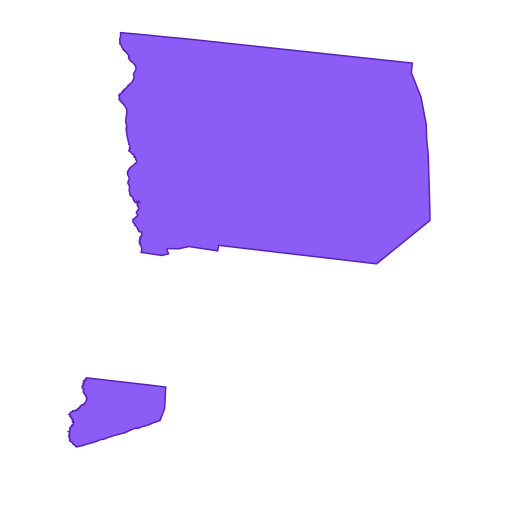 Palauli le Falefa, Palauli, Samoa (Robinson projection), rotated 96°
{"feature_id": "51752279B50623478209398", "entity_name": "Palauli le Falefa", "entity_type": "district", "adm_level": 2, "iso_a3": "WSM", "parent_name": "Samoa", "parent_adm1": "Palauli", "projection": "robinson", "projection_center": [-172.356, -13.707], "detail": "fine", "context": "isolated", "style": "filled", "palette": "violet", "viewbox_px": 512, "rotation_deg": 96, "n_neighbors": 0, "source": "geoboundaries", "source_scale": "gbopen_adm2", "svg_char_len": 6096}
<svg xmlns="http://www.w3.org/2000/svg" viewBox="0 0 512 512"><g transform="rotate(96 256 256)"><path d="M202.6,86.8L195.0,87.5L137.8,95.2L124.0,98.1L107.3,100.5L80.7,108.5L57.4,120.7L47.8,120.7L47.3,351.5L47.6,368.0L47.6,386.7L48.0,414.0L52.4,413.7L54.7,414.3L55.8,413.9L56.6,413.9L57.2,413.6L58.3,413.8L59.1,413.6L59.2,413.3L59.8,413.0L59.8,412.8L61.0,411.8L62.1,411.3L63.4,410.2L64.4,409.9L64.4,409.5L65.0,409.1L65.0,408.6L65.3,408.2L65.9,408.1L66.1,407.4L67.9,405.4L68.4,405.2L69.6,403.8L69.8,403.4L71.2,403.5L71.5,403.0L72.2,403.3L72.5,403.0L72.9,403.3L73.1,402.8L74.1,402.2L74.8,401.6L76.7,398.3L77.5,397.8L78.8,396.3L79.7,395.9L80.4,395.3L82.5,394.9L83.9,395.3L84.1,395.5L84.6,395.4L85.4,395.9L86.6,396.2L86.9,396.6L87.9,396.8L88.7,396.8L89.6,396.3L90.9,395.8L91.1,396.0L92.1,395.9L92.3,396.1L92.9,396.2L93.5,396.6L94.0,396.4L94.9,397.1L95.2,397.0L95.7,397.2L96.8,398.1L97.2,398.7L98.0,399.2L99.1,400.4L99.7,400.4L99.8,401.0L100.3,400.7L101.0,401.2L101.0,401.6L101.5,401.7L102.3,402.3L102.3,402.5L102.8,402.8L103.2,403.4L103.6,403.3L103.7,403.6L104.2,403.9L104.2,404.6L105.0,404.4L105.0,404.7L106.1,405.1L105.7,405.6L106.7,406.2L107.1,405.8L107.6,406.4L107.6,406.7L108.3,407.0L109.1,407.9L109.3,408.5L109.9,408.4L110.0,408.9L110.9,408.7L111.0,409.0L111.9,408.8L112.4,408.3L113.5,408.3L114.2,408.7L114.5,408.6L114.7,408.2L115.2,407.9L115.5,407.3L116.0,407.2L116.1,406.7L117.6,405.5L118.7,403.6L119.2,403.5L119.8,403.1L119.7,402.5L121.0,401.6L122.4,401.0L122.6,400.6L123.3,400.2L123.6,399.9L127.3,399.3L127.9,399.5L129.9,399.5L130.8,399.8L132.1,399.7L132.7,399.5L134.6,400.0L136.1,399.4L136.9,399.4L138.8,398.7L139.3,398.6L139.6,398.4L140.1,398.4L140.2,398.2L141.1,397.9L141.5,398.2L142.5,398.0L142.6,398.5L143.0,398.1L143.7,398.0L144.3,398.3L144.8,398.3L144.9,397.9L145.4,398.0L146.0,397.6L146.4,397.7L147.1,397.3L148.0,397.3L149.2,397.0L150.2,396.6L152.2,396.1L153.0,395.7L156.1,394.8L157.4,394.0L157.9,393.9L158.3,394.1L158.4,393.8L159.2,393.2L160.6,392.7L161.3,392.9L162.2,392.6L162.3,393.1L162.9,392.8L163.8,393.0L164.1,393.3L164.7,393.5L164.9,393.3L165.8,391.5L167.4,389.7L167.3,389.4L167.7,389.3L168.2,388.0L169.0,387.4L169.8,387.7L169.9,387.1L170.3,387.4L170.5,387.3L170.5,386.6L171.1,386.2L172.6,385.7L173.0,385.2L174.1,384.7L175.0,384.5L175.9,385.0L177.3,386.6L179.1,387.9L179.5,388.4L179.9,389.3L180.2,389.4L181.9,390.8L183.9,391.8L184.1,391.5L185.1,392.0L185.2,392.4L185.8,392.3L186.1,392.6L186.7,392.3L187.6,392.5L188.5,392.1L190.7,390.7L192.4,390.2L193.8,390.2L194.3,390.7L194.9,390.5L195.9,391.2L197.6,390.7L198.1,389.9L198.7,389.5L199.0,389.7L199.2,389.2L202.2,388.9L203.0,389.1L203.7,388.9L204.3,389.0L206.9,387.9L208.3,387.8L208.9,387.3L209.6,386.0L209.6,385.7L210.0,385.3L210.3,385.3L211.4,384.1L211.6,384.2L212.5,383.8L212.8,383.9L213.1,383.5L213.8,383.3L214.0,382.8L214.8,382.4L215.2,381.8L215.6,380.6L215.4,380.2L214.9,380.4L214.5,380.4L214.2,380.0L213.7,378.4L214.6,377.5L214.4,378.4L214.7,378.9L215.3,379.1L216.2,379.0L217.2,379.6L217.9,379.5L218.1,379.0L218.9,378.8L219.2,378.4L220.0,378.0L221.1,377.7L222.1,377.9L224.4,379.3L225.6,379.5L226.1,379.2L227.1,377.9L227.5,377.9L229.1,378.7L230.1,379.9L230.7,380.1L231.1,380.4L232.1,382.0L232.6,382.1L233.7,382.0L234.1,382.2L235.5,381.6L236.6,380.2L237.7,380.0L238.3,379.4L239.4,377.7L241.3,376.7L242.9,375.5L243.7,375.2L244.0,374.4L243.8,374.0L244.3,373.3L243.9,372.7L244.1,372.2L244.6,372.2L245.0,371.9L245.7,371.8L246.8,371.9L248.4,372.6L248.6,372.8L249.2,372.6L249.5,373.1L249.8,372.9L249.9,373.2L250.4,372.9L250.9,373.1L251.5,372.9L251.5,373.4L252.9,373.4L253.3,373.1L253.6,373.5L253.9,373.1L254.5,373.3L255.1,372.5L255.2,372.8L255.7,373.1L256.2,372.5L256.4,372.5L256.8,372.1L257.1,372.3L257.5,372.1L258.0,371.5L260.0,370.5L260.6,370.4L261.3,370.6L263.3,370.3L264.4,370.6L265.3,349.5L262.9,343.1L260.2,344.8L257.9,345.1L256.9,333.6L253.6,323.8L254.9,294.6L249.3,294.3L251.2,135.3L202.6,86.8ZM395.8,332.1L395.5,348.3L394.9,411.7L395.6,412.3L395.7,412.6L396.2,412.2L396.7,412.3L396.7,412.9L397.2,413.1L397.5,412.8L397.9,413.9L398.1,413.6L398.4,414.0L399.2,413.5L399.6,414.4L400.0,414.1L400.4,414.3L400.7,414.1L401.2,414.6L401.7,414.1L402.2,414.1L402.4,414.6L403.2,414.8L403.8,414.7L403.8,415.1L404.2,414.9L404.6,415.1L405.3,414.7L405.6,414.8L405.8,414.4L405.8,413.9L406.1,413.4L407.0,413.2L407.3,413.7L408.3,413.8L408.9,413.2L409.5,413.5L410.4,412.8L410.4,412.3L410.9,412.4L411.7,411.8L411.8,411.0L412.1,410.4L412.5,410.5L413.0,410.0L413.4,410.6L414.3,410.0L414.7,409.5L415.4,409.4L415.6,409.7L415.9,409.4L417.7,409.7L420.1,411.0L421.1,411.2L421.7,412.1L421.9,412.6L422.2,412.9L421.9,413.2L422.1,413.6L422.5,413.8L422.9,414.4L423.9,414.8L424.1,415.3L424.7,415.2L425.6,416.3L425.9,416.1L426.4,417.0L426.8,416.8L427.2,417.7L427.7,418.1L427.8,418.0L428.0,419.1L428.4,419.0L429.0,419.3L429.1,421.8L429.5,421.6L429.7,422.1L430.3,422.6L430.6,423.8L431.0,423.8L431.3,424.3L431.6,424.2L431.9,424.5L432.3,424.5L433.0,425.2L433.0,424.6L433.6,424.7L434.8,424.0L435.1,424.2L435.4,424.0L435.5,423.4L435.8,423.3L436.0,422.8L437.1,422.2L437.2,421.9L437.6,421.8L437.3,421.2L437.6,420.8L438.4,421.2L438.6,420.7L439.3,421.1L439.4,420.7L440.0,420.1L440.5,421.0L441.1,420.3L442.4,420.0L442.9,420.3L443.0,420.8L443.5,420.9L443.5,421.5L444.1,421.8L444.4,421.3L446.3,423.1L447.0,423.3L448.0,422.7L448.5,422.9L449.3,422.9L449.8,423.5L450.1,423.5L450.2,424.1L451.0,422.9L452.2,422.9L452.4,423.1L453.1,423.2L453.4,422.8L454.1,422.9L454.4,422.5L454.6,422.6L454.8,423.3L455.1,422.9L455.9,422.8L457.1,422.3L457.5,422.3L457.7,421.6L458.3,421.7L458.2,422.0L458.9,422.1L459.4,421.8L460.1,421.0L460.4,419.8L461.1,418.7L461.6,418.7L461.6,418.2L462.0,418.3L462.7,417.5L462.7,417.1L462.6,416.6L463.2,416.5L463.6,415.7L463.6,415.3L464.3,415.2L464.7,414.7L462.5,408.2L461.0,405.1L458.6,398.9L457.0,395.2L455.0,391.6L454.5,390.1L454.2,388.3L452.1,384.4L451.6,383.7L450.7,380.9L449.6,379.2L447.2,372.7L445.9,368.8L444.5,366.2L442.7,363.5L440.0,358.4L439.8,357.3L439.9,356.3L439.7,355.4L437.5,351.3L436.2,347.4L434.5,343.9L432.0,339.7L431.9,338.8L430.9,337.2L429.7,334.3L417.4,330.9L395.8,332.1Z" fill="#8b5cf6" stroke="#5b21b6" stroke-width="1.5"/></g></svg>